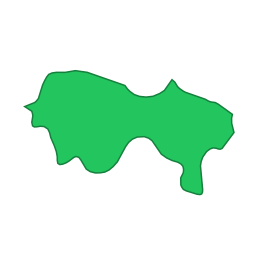 SVG path tracing the border of Bắc Giang, rotated 189°
{"feature_id": "VNM-470", "entity_name": "Bắc Giang", "entity_type": "Province", "adm_level": 1, "iso_a3": "VNM", "parent_name": "Vietnam", "parent_adm1": "", "projection": "natural_earth1", "projection_center": [106.489, 21.384], "detail": "fine", "context": "isolated", "style": "filled", "palette": "green", "viewbox_px": 256, "rotation_deg": 189, "n_neighbors": 0, "source": "natural_earth", "source_scale": "10m", "svg_char_len": 1365}
<svg xmlns="http://www.w3.org/2000/svg" viewBox="0 0 256 256"><g transform="rotate(189 128 128)"><path d="M233.4,133.0L224.1,138.6L222.7,140.3L221.1,143.1L219.1,156.9L217.8,161.5L216.3,165.6L214.7,168.5L211.8,170.4L207.4,171.8L198.8,173.1L189.0,176.4L177.0,176.6L137.7,169.5L134.7,166.5L131.8,164.4L127.1,162.0L121.5,161.0L114.9,161.4L108.3,163.2L102.1,167.0L97.9,170.8L92.1,182.6L88.9,180.6L85.6,176.7L83.4,175.1L79.1,173.0L76.6,172.2L56.2,168.5L52.8,167.2L50.4,166.7L45.8,166.8L42.5,165.6L27.0,157.8L27.2,153.8L26.3,148.8L22.6,140.1L31.9,122.5L33.6,121.5L35.5,121.4L37.6,121.8L40.7,121.7L43.7,120.1L46.7,117.0L49.6,111.0L50.5,106.4L50.5,101.9L44.6,78.7L44.4,76.2L44.9,74.4L46.5,73.5L49.5,73.4L60.6,75.0L63.7,76.0L65.8,78.2L66.9,80.0L68.1,87.0L66.4,92.5L66.6,95.7L67.7,98.7L70.0,100.7L73.4,102.0L79.4,102.8L85.2,104.5L91.0,107.4L102.2,119.2L106.0,121.2L110.6,122.0L117.5,120.5L121.9,117.7L125.2,113.8L127.5,109.1L133.3,92.7L136.7,87.5L140.2,83.5L144.1,80.8L148.7,79.3L153.4,78.5L158.5,79.0L162.8,80.9L169.5,89.0L172.0,91.4L174.9,91.7L176.9,90.5L181.0,86.2L183.6,84.0L186.6,82.2L189.6,81.2L191.8,82.1L192.8,85.0L193.4,88.6L195.1,93.5L197.9,98.8L202.8,106.5L204.7,111.1L207.0,114.5L211.1,116.3L214.9,116.0L218.3,114.9L220.8,114.4L222.6,115.2L223.9,118.6L223.9,125.2L224.8,127.8L225.8,129.6L233.4,133.0Z" fill="#22c55e" stroke="#15803d" stroke-width="1.5"/></g></svg>